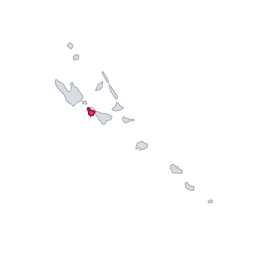 location of North West Malekula, Malampa, Vanuatu, rotated 337°
{"feature_id": "77236927B23242879306276", "entity_name": "North West Malekula", "entity_type": "district", "adm_level": 2, "iso_a3": "VUT", "parent_name": "Vanuatu", "parent_adm1": "Malampa", "projection": "albers", "projection_center": [167.222, -16.023], "detail": "fine", "context": "in_parent", "style": "filled", "palette": "rose", "viewbox_px": 256, "rotation_deg": 337, "n_neighbors": 0, "source": "geoboundaries", "source_scale": "gbopen_adm2", "svg_char_len": 3777}
<svg xmlns="http://www.w3.org/2000/svg" viewBox="0 0 256 256"><g transform="rotate(337 128 128)"><path d="M85.2,61.2L87.1,71.5L89.4,71.4L90.5,70.9L91.8,68.5L92.4,64.7L93.6,64.2L95.0,64.6L94.4,65.8L94.8,68.8L96.0,70.5L96.7,70.8L98.2,78.7L98.8,80.3L98.8,81.6L95.6,84.6L90.9,84.5L87.6,86.3L85.6,86.2L85.6,84.2L83.8,82.6L81.8,79.2L82.3,73.2L78.6,62.0L78.6,59.2L79.8,55.5L81.0,55.3L82.7,58.4L85.2,61.2ZM105.1,100.5L106.5,101.2L107.2,101.2L107.7,102.7L111.9,105.7L113.1,105.7L114.1,107.3L115.9,108.1L116.4,109.8L117.7,111.5L115.4,113.6L111.0,113.0L108.5,115.4L106.2,114.8L105.8,113.5L106.1,113.1L104.8,110.0L104.1,105.2L103.2,102.4L102.2,101.2L100.2,102.2L99.3,102.4L97.3,100.1L98.3,95.4L98.8,94.0L100.4,93.8L102.8,95.0L105.1,100.5ZM161.4,189.0L160.1,190.4L158.9,190.3L151.3,186.7L151.6,185.3L151.3,181.7L152.2,179.7L154.3,178.9L155.9,179.3L156.9,182.3L159.2,183.5L157.6,184.4L160.3,186.7L161.4,189.0ZM135.6,145.5L138.5,149.9L139.7,150.2L137.9,153.4L134.2,153.7L129.8,152.8L131.4,151.7L130.6,150.5L129.3,150.3L127.8,150.8L127.1,150.6L128.1,148.6L130.5,145.7L131.2,145.5L131.9,145.5L132.5,145.7L135.6,145.5ZM131.4,108.1L128.0,108.4L123.2,107.4L121.3,106.0L120.5,104.7L122.1,103.7L124.5,103.2L127.5,100.2L128.5,101.4L129.6,104.8L130.8,105.9L131.4,106.9L131.4,108.1ZM165.8,207.6L164.3,210.9L161.6,210.1L159.1,207.6L157.8,205.5L158.8,201.5L160.0,200.8L161.4,201.0L162.0,205.0L165.8,207.6ZM129.0,96.7L128.5,96.8L128.0,95.3L126.3,87.7L127.4,81.0L128.1,82.4L130.6,94.3L130.3,96.3L129.0,96.7ZM135.8,121.8L136.7,122.3L136.2,123.6L132.1,122.1L128.8,122.6L127.9,122.5L126.9,121.4L126.2,119.0L126.6,117.4L127.9,116.2L128.5,116.0L129.5,117.5L130.4,118.4L131.3,118.9L133.4,121.2L135.8,121.8ZM120.0,80.1L118.0,81.5L114.3,81.4L112.9,80.6L117.5,76.3L122.8,75.4L120.0,80.1ZM110.3,43.7L109.1,45.3L105.7,44.7L104.9,44.3L105.1,41.7L106.0,40.8L108.0,40.0L110.8,41.3L110.3,43.7ZM107.5,32.7L107.0,33.0L106.3,32.8L104.5,29.1L105.0,27.8L107.2,26.6L109.2,28.7L109.4,29.9L109.4,30.8L109.1,31.7L107.8,32.0L107.5,32.7ZM128.3,76.8L127.8,78.8L126.6,76.5L125.8,67.2L126.2,66.3L126.8,66.2L128.3,72.7L128.3,76.8ZM177.4,227.7L176.4,229.4L174.8,229.3L172.8,228.1L173.2,226.6L175.5,226.4L176.2,226.5L177.4,227.7ZM99.3,89.0L98.8,89.8L95.6,87.8L96.4,85.9L99.8,86.6L99.3,89.0Z" fill="#d9dde1" stroke="#a8b0b8" stroke-width="1"/><path d="M102.7,98.9L102.7,99.0L102.5,98.9L102.2,98.8L101.8,98.6L101.5,98.3L101.4,98.1L101.2,97.9L101.1,97.7L100.9,97.6L100.7,97.6L100.6,97.4L100.4,97.3L100.4,97.2L100.2,97.1L100.0,96.9L99.9,96.9L99.9,96.7L100.0,96.7L100.1,96.4L99.9,96.5L99.7,96.6L99.6,96.4L99.6,96.2L99.8,96.1L100.0,96.0L100.0,95.9L100.0,95.7L99.9,95.5L99.9,95.4L99.8,95.2L99.7,95.0L99.7,94.9L99.7,94.7L99.5,94.4L99.5,94.2L99.4,94.1L99.4,93.9L99.2,93.9L99.2,94.0L98.9,94.1L98.6,94.2L98.5,94.3L98.4,94.4L98.3,94.5L98.2,94.5L98.1,94.8L98.0,95.0L98.0,95.3L98.1,95.5L98.1,95.8L98.2,96.0L98.2,96.3L98.3,96.4L98.3,96.5L98.4,96.8L98.5,96.8L98.5,97.0L98.4,97.0L98.4,97.3L98.2,97.4L98.2,97.5L98.1,97.8L98.0,98.0L98.0,98.4L98.0,98.5L97.9,98.6L97.8,98.8L97.7,98.8L97.6,99.0L97.5,99.3L97.5,99.5L97.4,99.7L97.4,99.8L97.4,100.0L97.5,100.0L97.4,100.3L97.5,100.3L97.8,100.4L97.9,100.5L98.0,100.6L98.1,101.0L98.1,101.3L98.2,101.5L98.4,101.7L98.4,101.8L98.5,101.8L98.5,102.0L98.6,101.9L98.8,101.8L99.0,101.8L99.2,102.0L99.3,102.0L99.5,102.1L99.4,102.0L99.5,102.0L99.7,102.3L99.8,102.3L99.9,102.5L100.1,102.6L100.3,102.7L100.5,102.7L100.7,102.4L100.8,102.4L101.0,102.2L101.3,102.1L101.5,101.9L101.5,101.7L101.6,101.4L101.8,101.4L102.0,101.3L102.2,101.2L102.3,101.2L102.5,101.1L102.8,101.0L102.8,100.9L103.0,100.8L103.0,100.7L103.3,100.6L103.5,100.6L103.6,100.4L103.7,100.2L103.8,99.9L103.7,99.9L103.8,99.8L103.8,99.7L103.7,99.7L103.4,99.6L103.2,99.4L103.1,99.2L102.9,99.1L102.7,98.9Z" fill="#f43f5e" stroke="#9f1239" stroke-width="1.5"/></g></svg>